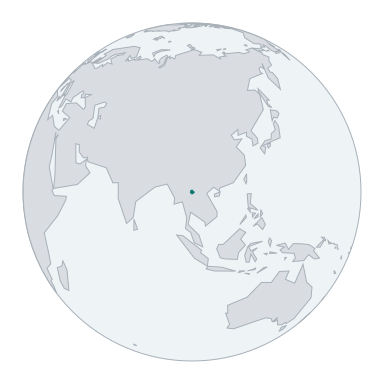 the Earth from above Bokeo
{"feature_id": "LAO-3271", "entity_name": "Bokeo", "entity_type": "Province", "adm_level": 1, "iso_a3": "LAO", "parent_name": "Laos", "parent_adm1": "", "projection": "orthographic", "projection_center": [100.56, 20.309], "detail": "fine", "context": "on_globe", "style": "filled", "palette": "teal", "viewbox_px": 384, "rotation_deg": 0, "n_neighbors": 0, "source": "natural_earth", "source_scale": "10m", "svg_char_len": 10955}
<svg xmlns="http://www.w3.org/2000/svg" viewBox="0 0 384 384"><circle cx="192" cy="192" r="169" fill="#eef3f6" stroke="#a8b0b8"/><path d="M351.6,246.2L351.3,247.2L351.2,247.5L351.6,246.2ZM265.2,39.7L264.8,39.5L268.0,42.7L274.5,46.8L268.8,43.9L284.8,54.4L290.0,60.4L280.7,51.9L277.2,49.8L279.1,52.7L275.9,51.3L275.0,52.0L271.0,50.2L265.8,46.0L263.1,44.9L264.7,47.1L261.6,47.1L259.8,43.9L254.2,43.7L244.7,37.7L243.1,32.7L234.4,29.7L223.9,26.1L221.6,25.7L217.7,25.0L229.9,27.4L242.0,30.6L253.8,34.7L265.2,39.7ZM207.4,23.7L208.9,23.9L207.9,23.9L205.2,23.7L204.0,23.5L205.2,23.6L203.4,23.4L203.5,23.4L207.4,23.7ZM198.5,23.2L198.2,23.2L197.2,23.1L198.5,23.2ZM279.9,50.4L278.5,48.9L280.9,50.9L279.9,50.4ZM275.5,52.5L277.0,53.4L275.9,53.5L275.5,52.5ZM268.8,50.9L266.6,50.9L267.9,50.1L268.8,50.9ZM264.7,50.4L259.5,50.9L262.2,53.0L251.6,48.0L259.6,48.9L260.8,47.5L262.1,49.2L264.7,50.4ZM210.5,24.1L208.8,23.9L212.7,24.3L210.5,24.1ZM213.2,24.4L226.5,26.7L227.6,27.3L222.9,26.2L226.3,27.5L220.3,26.6L217.1,25.7L217.6,25.4L214.9,25.4L213.2,24.4ZM246.6,45.4L244.6,45.0L245.7,44.6L246.6,45.4ZM207.8,24.0L210.4,24.2L211.5,24.7L206.6,24.3L207.8,24.2L207.8,24.0ZM230.2,28.4L230.1,28.8L225.3,28.2L224.6,28.3L220.3,26.6L230.2,28.4ZM206.2,24.0L204.0,24.1L201.0,23.8L205.3,23.8L206.2,24.0ZM213.9,25.0L214.2,25.3L212.4,25.0L213.9,25.0ZM189.2,23.3L192.3,23.3L193.2,23.5L189.2,23.3ZM203.4,24.2L204.4,24.3L205.1,24.4L203.1,24.5L203.4,24.2ZM217.2,26.4L215.2,26.1L218.7,27.0L215.2,26.8L213.0,25.8L212.5,26.2L211.4,26.1L210.7,25.4L217.2,26.4ZM203.2,25.1L199.1,24.2L193.2,24.0L192.3,23.7L201.9,24.1L203.2,25.1ZM207.7,25.3L204.7,25.0L205.0,24.7L207.3,24.7L207.7,25.3ZM213.6,27.2L219.6,27.7L219.9,28.0L213.6,27.2ZM201.4,25.0L202.4,25.3L200.9,25.0L201.4,25.0ZM209.8,26.5L211.8,26.6L212.1,26.8L209.8,26.5ZM202.7,25.8L201.4,25.5L202.9,25.3L202.7,25.8ZM205.9,26.2L205.8,26.5L204.2,25.5L206.8,26.2L205.9,26.2ZM209.7,26.7L210.5,26.9L208.8,26.7L209.7,26.7ZM197.8,26.7L195.5,25.5L198.8,25.1L200.6,26.3L197.8,26.7ZM59.5,87.1L57.3,90.2L57.7,95.0L56.9,97.3L51.6,103.7L47.7,119.6L52.6,115.4L54.4,126.5L58.9,130.3L69.8,117.7L62.4,111.2L66.4,103.5L76.4,102.9L83.6,109.5L85.4,106.8L85.2,97.7L91.3,94.6L85.6,94.2L84.6,97.7L81.1,97.8L81.8,94.7L83.9,93.6L83.0,90.8L73.1,97.5L71.0,101.8L65.9,99.0L61.9,106.0L59.0,107.7L64.6,96.5L67.4,93.4L74.2,80.4L70.7,83.2L64.1,96.0L64.2,94.1L59.5,98.9L63.1,93.8L71.3,80.0L69.6,78.2L59.8,87.0L60.4,86.0L75.1,70.0L75.9,69.2L73.1,73.2L77.1,69.7L84.3,62.9L82.9,64.9L85.5,62.8L85.1,64.4L91.1,61.7L91.7,63.1L100.3,57.8L101.8,58.0L96.2,60.9L92.7,64.0L94.9,68.5L97.2,68.1L102.7,64.5L102.6,66.6L107.6,62.6L112.0,64.1L110.8,59.1L117.2,55.6L123.3,54.6L125.2,52.7L115.3,54.5L111.5,56.2L108.6,58.8L98.2,63.5L96.0,63.0L106.2,55.4L104.3,54.2L113.0,49.5L134.4,46.3L140.1,47.7L136.2,57.1L131.2,58.4L130.1,55.5L125.3,61.3L128.5,59.3L128.4,61.2L134.5,59.0L134.8,60.3L140.2,56.1L141.1,57.5L137.7,60.1L147.5,58.7L151.3,61.3L153.4,60.4L154.6,58.7L158.5,63.5L159.9,62.7L159.2,60.8L161.4,58.0L166.9,55.2L168.0,57.0L166.1,58.2L163.9,63.9L158.8,67.4L159.8,67.9L164.5,65.4L167.2,58.3L170.2,56.2L169.6,59.3L170.1,58.0L171.9,57.5L174.7,58.9L175.7,55.5L194.4,49.6L201.7,52.3L199.1,55.3L213.3,54.9L220.4,59.0L219.7,57.0L226.0,56.1L223.8,54.8L224.0,53.9L239.2,52.4L243.6,53.8L249.3,52.0L249.0,51.1L246.0,49.9L251.6,48.0L262.2,53.0L262.6,54.6L269.0,57.1L268.8,60.6L271.6,65.1L267.6,68.3L270.1,72.0L272.4,72.6L277.5,78.5L280.4,89.3L268.2,77.7L262.0,63.3L263.6,68.6L260.3,66.8L259.1,68.4L260.5,72.6L262.5,73.4L249.8,78.7L247.4,90.5L254.7,90.0L259.6,93.9L263.3,109.5L250.9,130.8L257.4,138.2L258.0,143.1L253.0,146.0L251.9,138.9L246.4,136.3L246.6,132.2L238.0,135.3L237.9,129.5L231.3,135.2L234.2,139.8L241.8,138.9L236.2,146.9L244.3,155.2L245.7,165.3L233.2,182.8L219.9,187.9L219.2,191.1L213.7,187.3L206.7,193.4L217.1,211.6L216.9,216.7L205.4,226.1L205.1,222.3L190.7,212.3L188.1,224.4L199.0,235.1L202.8,246.9L194.4,242.9L190.6,232.4L185.5,228.6L186.8,218.0L182.4,201.9L174.0,204.2L174.6,197.8L167.2,184.1L155.1,187.0L135.8,201.5L133.2,217.5L126.6,223.5L118.2,198.6L118.3,182.6L112.9,182.9L106.3,167.8L87.9,161.7L87.4,157.2L83.5,157.9L79.2,151.9L79.4,144.7L75.8,143.7L75.9,162.8L80.0,164.0L86.5,159.2L85.5,165.6L90.0,172.9L77.3,184.5L53.6,188.4L54.9,176.1L55.9,138.6L57.9,135.4L58.0,135.0L58.3,134.3L54.6,139.1L56.0,132.1L51.6,156.7L49.2,166.6L53.2,189.0L51.9,190.3L54.3,195.6L66.4,196.3L65.7,200.2L57.7,215.7L44.2,232.9L48.1,250.3L50.8,263.7L47.0,268.3L52.1,279.3L50.9,280.6L54.0,286.4L55.7,290.7L56.8,293.3L56.3,292.7L49.1,282.1L42.6,271.0L37.1,259.4L32.4,247.5L28.6,235.2L25.8,222.6L24.0,209.9L23.1,197.1L23.2,184.3L23.3,182.7L23.5,179.3L24.9,166.9L27.2,154.5L30.5,142.4L34.6,130.5L39.6,119.0L45.5,107.9L52.1,97.3L59.5,87.1ZM87.4,124.4L94.2,128.3L97.6,118.2L100.5,119.0L100.6,115.5L97.8,117.5L99.0,108.2L104.3,107.3L106.8,103.5L104.6,102.0L94.8,105.3L93.0,118.3L88.7,121.0L87.4,124.4ZM100.2,51.6L97.9,53.4L94.9,55.2L94.2,54.7L98.6,52.0L100.2,51.6ZM95.4,55.8L105.7,49.1L106.5,49.5L104.3,50.3L103.8,51.3L100.1,52.9L90.9,60.4L87.7,62.5L88.1,59.8L89.8,59.3L91.9,57.3L95.4,55.8ZM130.3,35.5L134.8,33.8L130.9,36.8L127.2,38.1L126.2,37.4L130.0,35.5L130.3,35.5ZM190.0,23.1L191.5,23.0L201.1,23.3L201.6,23.5L199.5,23.6L197.2,23.6L197.6,23.4L194.4,23.5L193.2,23.2L190.6,23.3L179.2,23.5L190.0,23.1ZM163.9,25.4L164.3,25.5L167.3,24.9L168.5,24.9L165.6,25.4L170.7,24.7L170.9,24.9L177.0,24.9L184.3,24.3L186.7,24.5L183.9,24.9L188.3,24.9L184.6,25.8L186.3,26.0L184.3,27.4L178.0,28.2L180.3,28.5L178.9,29.9L173.7,30.9L175.1,29.6L168.4,31.9L167.2,30.8L166.5,31.1L163.5,30.8L158.7,31.2L158.9,30.6L157.0,31.1L155.0,31.0L152.4,31.5L151.8,30.8L148.6,31.4L150.2,30.7L144.7,32.1L148.5,30.8L146.3,31.0L143.8,32.1L147.2,29.1L146.8,29.2L163.9,25.4ZM197.0,27.0L189.7,27.8L185.4,27.7L190.6,25.4L189.6,25.1L192.8,24.1L198.9,24.4L197.4,24.6L197.4,24.9L195.5,24.7L197.0,25.1L195.1,25.5L195.7,26.0L193.2,26.0L197.0,27.0ZM59.2,95.8L59.1,96.9L59.8,97.9L56.8,101.2L59.2,95.8ZM64.5,86.3L64.9,86.6L61.0,91.2L61.1,90.2L64.5,86.3ZM68.5,83.0L65.3,86.2L67.0,83.9L68.5,83.0ZM97.0,61.2L97.8,61.5L96.6,62.5L94.6,63.4L97.0,61.2ZM153.7,39.3L155.1,38.1L156.2,38.1L161.7,36.1L163.0,37.1L160.2,38.6L153.7,39.3ZM66.6,119.0L63.4,120.5L63.6,118.6L64.6,118.4L66.6,119.0ZM58.4,110.3L58.7,114.0L57.6,111.2L58.4,110.3ZM156.1,40.0L158.2,39.0L157.5,40.1L156.1,40.0ZM164.3,37.7L164.1,38.9L163.8,37.0L164.3,37.7ZM133.4,343.9L136.9,345.6L134.5,345.2L133.4,343.9ZM67.0,269.9L68.9,290.5L64.3,288.3L60.2,280.9L57.3,267.6L61.7,266.2L62.9,260.9L67.0,269.9ZM244.6,273.2L249.5,273.6L249.3,274.3L244.6,273.2ZM239.5,270.9L245.2,270.9L238.5,272.5L239.5,270.9ZM247.4,270.9L253.1,269.3L255.6,268.0L255.1,269.5L247.4,270.9ZM235.7,271.1L214.5,271.0L206.1,268.9L208.1,266.3L221.7,267.2L235.7,271.1ZM207.4,266.2L194.5,258.3L176.6,235.0L183.0,235.8L201.7,250.3L200.5,252.5L208.3,258.7L207.4,266.2ZM238.6,252.5L237.3,259.4L225.6,259.0L220.3,257.8L216.7,248.9L218.7,244.3L223.1,244.5L239.8,228.7L245.7,232.4L240.6,239.1L245.4,245.1L238.6,252.5ZM133.9,219.1L137.6,229.2L133.9,230.3L133.9,219.1ZM246.4,217.4L239.8,224.5L245.8,215.1L246.4,217.4ZM249.9,208.6L250.4,212.1L247.6,208.8L249.9,208.6ZM219.2,196.0L214.6,196.8L214.4,194.2L220.2,191.8L219.2,196.0ZM246.6,173.8L246.8,181.2L246.1,183.8L243.8,179.3L246.6,173.8ZM170.5,49.9L161.4,51.2L155.7,53.5L153.9,56.6L152.6,53.1L161.3,49.6L170.5,49.9ZM191.3,49.3L192.8,47.1L194.8,48.0L194.7,48.7L191.3,49.3ZM190.4,48.0L187.4,45.5L189.9,44.3L191.8,46.5L190.4,48.0ZM171.4,41.8L168.6,42.1L169.2,41.1L171.4,41.8ZM300.0,321.9L298.9,322.8L310.2,312.7L300.0,321.9ZM279.3,331.0L281.3,327.2L286.5,325.5L282.6,329.5L279.3,331.0ZM321.8,300.2L324.8,296.2L322.7,299.1L321.8,300.2ZM265.7,317.8L233.5,328.8L226.9,328.0L229.6,324.3L225.6,313.1L227.8,313.3L227.6,305.3L247.2,297.2L261.5,282.4L271.3,282.5L279.4,271.5L289.0,271.0L285.5,279.4L294.7,283.2L303.0,264.2L306.6,282.1L312.0,287.1L311.0,297.8L293.9,318.6L286.0,323.6L285.4,322.4L281.9,324.7L277.7,324.9L277.2,319.8L273.6,322.1L277.9,317.3L272.3,321.8L271.0,318.5L265.7,317.8ZM334.0,271.1L334.8,271.1L335.6,273.4L334.2,273.6L334.0,271.1ZM349.2,251.8L349.0,253.0L348.3,254.1L349.2,251.8ZM351.2,247.5L350.4,249.0L351.6,246.2L351.2,247.5ZM341.2,257.7L341.5,258.6L341.0,259.3L341.2,257.7ZM340.9,257.6L341.8,255.4L341.4,257.3L340.9,257.6ZM337.3,249.5L338.1,248.3L338.3,248.9L337.3,249.5ZM256.7,273.3L263.7,267.6L267.3,266.9L256.7,273.3ZM336.6,247.8L334.9,248.2L335.2,247.1L336.6,247.8ZM336.9,245.3L336.8,243.9L337.6,247.0L336.9,245.3ZM333.8,243.2L335.8,245.1L333.5,243.6L333.8,243.2ZM332.5,244.0L331.0,243.3L331.1,242.8L332.5,244.0ZM313.5,250.7L319.5,258.1L314.3,259.0L308.7,254.7L303.7,260.6L292.7,261.5L295.4,258.0L294.1,253.3L282.4,252.7L280.0,249.8L284.3,247.2L276.4,245.4L285.1,243.1L288.5,249.3L293.4,243.6L301.5,243.8L309.2,244.7L315.0,248.5L313.5,250.7ZM284.8,257.5L286.3,257.4L284.9,259.5L284.8,257.5ZM328.1,240.6L330.3,243.1L330.0,243.9L328.8,243.8L328.1,240.6ZM316.5,247.1L322.9,240.3L324.4,240.1L320.0,247.2L316.5,247.1ZM321.5,237.2L324.3,237.3L325.8,240.0L325.2,240.9L321.5,237.2ZM267.1,253.1L266.7,254.9L264.4,253.7L267.1,253.1ZM270.1,251.8L277.0,253.2L269.5,253.4L270.1,251.8ZM248.7,246.6L250.8,250.9L257.4,247.8L252.4,252.0L256.7,258.9L255.2,261.6L250.9,254.2L249.2,262.2L246.2,262.1L244.7,255.4L247.7,246.9L250.7,243.4L262.5,241.3L248.7,246.6ZM270.1,246.5L268.3,241.5L269.6,238.0L271.6,240.6L270.1,246.5ZM262.6,229.6L257.5,223.9L253.1,226.3L262.0,217.6L265.4,224.5L262.6,229.6ZM258.1,216.7L253.9,218.9L258.1,213.9L258.1,216.7ZM252.7,217.0L252.1,212.8L255.5,213.2L252.7,217.0ZM260.3,216.8L260.8,209.6L262.7,213.7L260.3,216.8ZM250.3,203.5L257.8,210.1L248.3,207.5L247.2,193.9L251.2,193.5L250.3,203.5ZM268.3,148.0L266.9,144.3L270.3,143.2L270.3,146.1L268.3,148.0ZM280.2,137.7L270.8,141.8L263.0,145.6L265.8,147.2L264.7,153.8L260.1,147.9L265.1,140.6L271.1,139.0L271.3,133.6L275.3,129.8L273.3,123.4L274.9,120.6L278.5,126.0L280.2,137.7ZM272.2,120.8L270.3,109.7L277.0,110.9L279.0,113.6L277.0,118.1L273.6,117.1L272.2,120.8ZM271.8,107.5L268.4,106.6L258.4,91.4L258.0,88.6L269.2,100.1L266.6,100.0L267.8,103.7L271.8,107.5ZM245.6,46.0L244.7,45.1L246.5,45.9L245.6,46.0ZM222.6,53.2L223.1,52.0L225.3,52.7L222.6,53.2ZM225.7,49.3L222.9,49.3L225.4,48.6L225.7,49.3ZM216.7,49.7L221.5,49.0L217.5,50.8L216.7,49.7Z" fill="#d9dde1" stroke="#a8b0b8" stroke-width="1"/><path d="M191.9,190.5L192.0,190.5L192.1,190.4L192.2,190.5L192.3,190.6L192.5,190.8L192.6,191.0L192.7,191.3L192.8,191.4L192.8,191.5L193.0,191.4L193.1,191.5L193.2,191.8L193.3,192.0L193.6,192.0L193.8,192.0L193.9,192.5L193.7,192.7L193.4,192.6L193.2,192.7L193.2,192.8L192.7,193.0L192.6,193.3L192.3,193.4L192.3,193.5L192.2,193.5L191.9,193.6L191.7,193.5L191.6,193.4L191.8,193.3L191.8,193.2L191.9,192.9L192.0,192.7L192.0,192.4L191.9,192.4L191.9,192.5L191.8,192.4L191.7,192.4L191.6,192.2L191.5,191.8L191.4,191.8L191.3,191.7L191.2,191.8L191.0,192.0L190.9,192.0L190.7,192.1L190.7,191.9L190.8,191.8L190.8,191.7L190.9,191.3L190.9,191.2L191.0,191.0L191.0,190.9L191.2,190.7L191.3,190.6L191.5,190.5L191.8,190.5L191.9,190.5Z" fill="#14b8a6" stroke="#0f766e" stroke-width="1.5"/></svg>